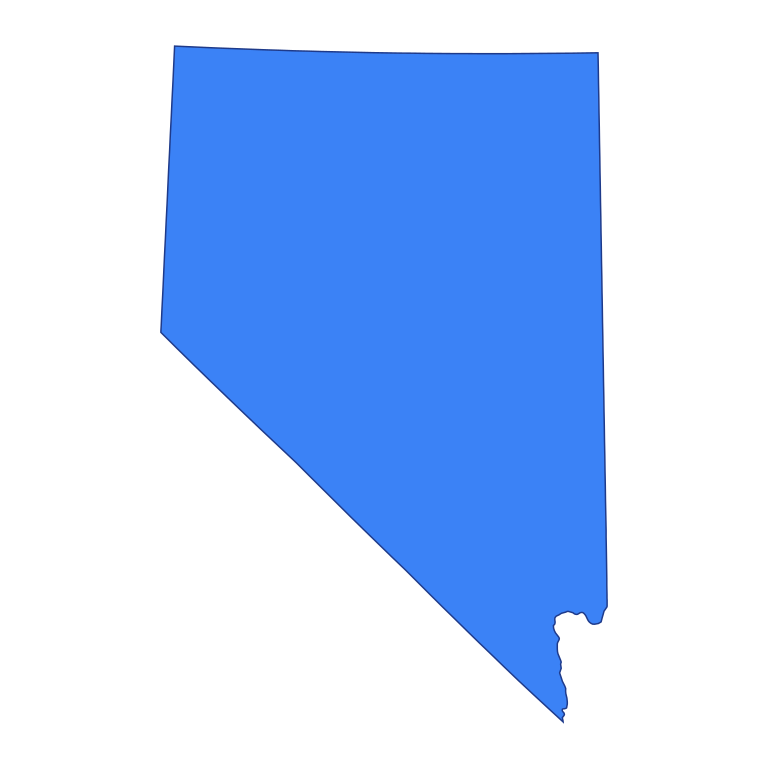 SVG path tracing the border of Nevada
{"feature_id": "USA-3523", "entity_name": "Nevada", "entity_type": "State", "adm_level": 1, "iso_a3": "USA", "parent_name": "United States of America", "parent_adm1": "", "projection": "albers", "projection_center": [-115.554, 38.502], "detail": "fine", "context": "isolated", "style": "filled", "palette": "blue", "viewbox_px": 768, "rotation_deg": 0, "n_neighbors": 0, "source": "natural_earth", "source_scale": "10m", "svg_char_len": 2732}
<svg xmlns="http://www.w3.org/2000/svg" viewBox="0 0 768 768"><path d="M598.0,52.8L598.3,67.7L598.5,82.6L598.8,97.5L599.0,112.4L599.3,127.3L599.5,142.2L599.8,157.1L600.0,172.1L600.3,187.0L600.5,201.9L600.8,216.8L601.0,231.7L601.3,246.7L601.5,261.6L601.8,276.5L602.0,291.5L602.3,306.4L602.5,321.3L602.8,336.2L603.0,351.2L603.3,366.1L603.5,381.0L603.8,396.0L604.0,410.9L604.3,425.8L604.5,440.7L604.8,455.7L605.0,470.6L605.3,485.5L605.5,500.5L605.8,515.4L606.1,530.3L606.1,531.1L606.1,533.4L606.1,536.9L606.2,541.4L606.3,546.7L606.4,552.7L606.5,559.1L606.6,565.7L606.7,572.3L606.8,578.7L606.8,584.7L606.9,590.1L607.0,594.6L607.0,598.1L607.1,600.3L607.1,601.1L607.1,605.2L607.1,606.1L606.9,607.0L605.4,609.2L604.0,611.2L603.2,614.2L602.2,617.7L601.1,621.9L598.4,623.5L594.6,624.2L592.6,624.1L590.9,623.3L589.4,622.1L588.4,620.9L587.7,619.7L585.9,615.9L585.3,615.0L584.5,614.0L583.7,613.2L583.0,612.7L582.3,612.5L581.8,612.4L581.2,612.5L580.7,612.6L580.3,612.7L579.9,612.9L577.9,614.1L577.4,614.3L576.9,614.4L576.4,614.4L575.8,614.3L574.7,614.0L573.9,613.5L573.3,613.0L572.8,612.7L572.5,612.6L568.4,611.4L567.7,611.4L567.0,611.5L565.8,612.1L561.4,613.3L558.9,614.9L556.3,616.1L556.0,616.4L555.7,616.8L555.1,617.5L554.9,618.0L554.8,618.8L554.8,619.9L555.1,622.0L555.0,623.1L554.7,624.2L553.4,625.6L553.6,628.2L554.4,630.7L555.5,632.9L558.6,636.9L559.1,637.8L559.3,638.8L559.0,639.9L557.7,642.4L557.3,643.8L557.3,649.1L557.5,651.7L557.9,653.6L560.7,660.5L561.2,662.1L560.6,664.1L561.2,668.3L559.6,672.9L560.9,676.7L562.4,681.3L564.9,686.3L565.7,688.5L565.6,691.1L565.8,693.5L566.9,698.1L567.3,701.9L567.3,704.0L566.6,707.8L566.3,708.1L565.4,708.5L564.3,708.8L563.2,708.8L562.4,709.2L562.2,710.5L562.6,711.4L564.0,713.0L564.4,714.4L564.1,715.3L562.3,717.7L563.0,720.8L563.1,721.9L548.4,708.4L533.8,694.9L518.7,680.8L504.6,667.3L492.1,655.2L479.6,643.2L467.2,631.1L454.9,619.0L442.5,606.9L430.2,594.7L418.0,582.5L405.8,570.3L391.9,557.0L378.1,543.6L364.3,530.2L350.6,516.8L337.0,503.3L323.4,489.8L309.8,476.3L296.3,462.8L279.1,446.6L261.9,430.4L244.9,414.2L227.9,397.9L211.0,381.6L194.2,365.3L177.5,348.9L160.9,332.4L160.9,331.1L161.2,325.8L162.0,308.3L162.9,290.8L163.7,273.3L164.5,255.8L165.4,238.4L166.2,220.9L167.1,203.4L167.9,185.9L168.7,168.4L169.6,150.9L170.4,133.4L171.3,116.0L172.1,98.5L173.0,81.0L173.8,63.5L174.6,46.1L187.9,46.7L201.2,47.3L214.4,47.9L227.7,48.4L240.9,48.9L254.1,49.4L267.4,49.9L280.6,50.3L293.9,50.8L307.1,51.1L320.4,51.5L333.6,51.8L346.9,52.1L360.1,52.4L373.4,52.7L386.6,52.9L399.9,53.1L413.1,53.2L426.3,53.4L439.5,53.5L452.7,53.6L465.9,53.6L479.1,53.7L492.3,53.7L505.6,53.7L518.8,53.6L532.0,53.5L545.2,53.4L558.4,53.3L571.6,53.2L584.8,53.0L598.0,52.8Z" fill="#3b82f6" stroke="#1e3a8a" stroke-width="1.5"/></svg>